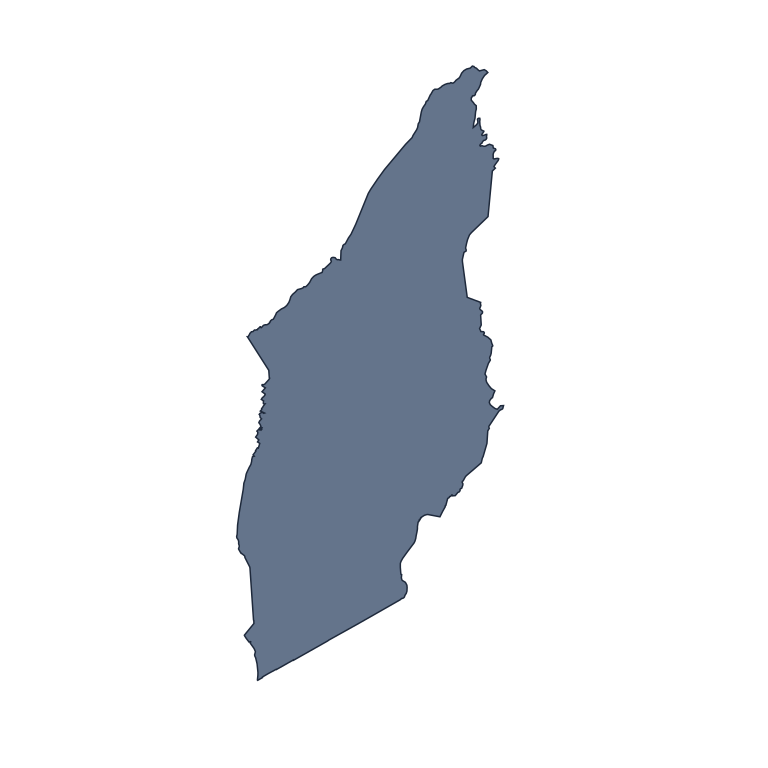 outline of Indaparapeo, Michoacán, Mexico, rotated 215°
{"feature_id": "50627088B97611620595529", "entity_name": "Indaparapeo", "entity_type": "district", "adm_level": 2, "iso_a3": "MEX", "parent_name": "Mexico", "parent_adm1": "Michoacán", "projection": "equal_earth", "projection_center": [-100.938, 19.76], "detail": "fine", "context": "isolated", "style": "filled", "palette": "slate", "viewbox_px": 768, "rotation_deg": 215, "n_neighbors": 0, "source": "geoboundaries", "source_scale": "gbopen_adm2", "svg_char_len": 6148}
<svg xmlns="http://www.w3.org/2000/svg" viewBox="0 0 768 768"><g transform="rotate(215 384 384)"><path d="M509.4,656.0L511.5,654.6L512.2,652.5L511.8,648.2L511.9,647.4L510.8,641.3L511.5,639.7L510.7,637.1L510.7,633.8L510.4,631.0L509.5,628.3L505.3,619.1L505.2,616.8L503.6,613.4L503.1,610.9L502.8,604.3L502.3,602.0L503.8,592.7L506.6,560.1L506.8,548.3L506.6,536.0L506.2,531.1L498.8,498.7L496.9,487.7L496.9,483.3L496.1,476.7L496.8,475.4L497.1,474.0L496.1,471.5L495.7,468.6L490.6,460.7L491.7,460.1L492.5,459.9L493.6,459.0L494.8,458.9L496.3,459.4L496.8,459.3L498.4,458.5L499.3,457.4L499.4,456.3L499.1,455.5L498.8,455.0L497.8,454.6L497.4,454.1L497.3,453.0L497.3,452.2L498.9,444.4L500.0,443.1L499.8,442.4L499.4,442.1L498.7,439.9L501.4,435.8L502.5,433.9L503.3,431.7L503.7,428.7L503.2,424.8L503.2,423.5L503.4,421.0L503.9,418.8L505.4,417.7L505.5,416.3L506.4,414.8L509.0,411.7L509.4,408.5L510.3,404.9L510.4,402.0L509.4,399.1L508.7,396.2L508.7,392.5L509.5,389.5L511.1,386.6L512.4,382.7L512.9,380.7L512.4,378.3L511.8,373.6L512.7,372.4L513.2,370.7L512.8,369.7L513.2,368.9L512.8,368.3L512.8,367.9L513.7,365.7L514.5,364.9L515.3,364.4L516.4,362.9L516.8,359.8L517.4,359.6L518.1,360.0L518.3,359.9L518.7,357.5L519.0,357.0L518.8,355.9L519.4,355.5L520.1,354.5L521.1,353.9L521.4,351.8L522.6,350.7L522.7,349.3L522.9,348.8L522.6,347.2L522.5,344.5L522.9,344.3L486.2,329.1L481.3,323.0L481.0,323.1L480.8,321.9L481.6,315.5L482.4,314.2L483.4,313.7L483.4,313.1L482.6,312.6L479.0,312.8L479.5,307.7L475.7,307.6L475.6,307.2L475.2,307.0L475.3,304.4L475.8,303.3L475.7,301.0L472.3,301.1L473.0,300.8L471.6,298.8L470.7,298.9L470.1,299.4L470.2,296.1L470.0,295.4L470.2,293.7L469.5,292.9L469.8,290.9L465.2,291.7L465.7,291.0L467.4,291.0L468.1,290.2L468.8,288.7L468.8,287.5L468.0,287.3L467.2,286.6L466.3,285.6L464.3,285.2L464.7,282.2L464.5,281.4L464.5,281.1L464.3,280.5L462.2,279.8L460.4,278.6L460.7,275.9L460.0,275.6L459.8,277.5L458.8,278.1L458.7,277.3L458.1,276.8L458.3,275.6L459.3,275.7L459.6,275.0L460.7,274.7L461.1,272.8L461.1,272.5L459.7,272.1L458.7,270.3L458.7,266.9L454.5,266.4L454.4,264.0L451.7,264.1L450.2,259.4L451.1,259.1L451.0,255.7L450.5,255.5L450.6,250.8L448.9,250.4L450.0,249.0L449.0,246.3L448.0,244.6L446.9,241.7L446.6,238.4L445.6,232.7L445.2,231.1L443.0,226.3L441.9,222.4L438.9,217.0L428.9,195.8L423.0,184.4L418.1,176.7L417.2,174.5L416.2,173.5L414.2,172.8L412.7,171.6L411.4,169.7L409.8,168.5L409.2,167.5L408.7,165.7L408.3,165.3L404.7,163.6L404.4,163.7L403.9,163.3L402.6,163.5L399.9,163.3L399.2,163.0L398.4,162.1L389.0,157.1L388.1,156.2L355.5,115.8L355.0,115.6L353.2,113.2L354.3,98.2L354.1,97.9L351.0,96.6L346.5,95.2L345.6,96.4L345.3,96.4L344.9,95.0L338.7,92.8L335.8,91.0L334.6,87.8L333.4,86.8L332.2,86.2L327.5,82.0L321.8,75.4L320.2,73.0L317.9,68.9L317.5,68.8L315.2,73.7L315.5,74.0L315.0,75.4L312.7,80.4L308.7,88.4L308.4,88.3L300.1,105.7L299.9,105.4L299.8,105.5L282.9,140.9L282.4,142.2L282.4,142.4L266.9,174.4L246.9,216.7L246.5,218.5L246.2,218.6L245.3,219.9L245.2,220.4L245.1,221.2L245.6,222.8L245.7,225.3L246.4,227.5L248.3,230.5L249.8,232.3L252.7,233.8L256.3,233.6L257.1,233.9L258.6,235.2L260.2,238.0L260.8,237.8L261.7,238.6L265.4,243.1L267.7,246.4L268.3,248.3L268.7,251.8L268.6,259.8L268.2,271.0L268.5,273.0L269.4,275.7L270.7,278.3L272.1,281.6L273.5,284.5L274.9,286.5L276.8,290.4L276.8,290.9L276.6,291.2L277.1,292.8L276.7,292.8L276.8,294.1L277.0,294.2L276.8,296.0L277.1,296.0L275.6,299.6L274.2,301.4L273.3,302.2L262.0,307.3L262.9,313.3L263.4,318.3L263.5,318.3L264.0,319.6L263.7,320.0L266.2,326.8L265.5,328.2L265.7,329.4L264.9,330.2L264.9,331.9L264.3,332.2L263.7,331.7L261.6,333.4L261.3,337.5L260.5,338.8L260.5,340.3L261.1,340.9L261.3,341.8L261.3,342.2L260.6,342.9L260.6,343.4L261.5,346.5L262.1,347.5L263.6,348.3L263.8,348.7L263.9,349.3L263.6,350.1L264.1,354.3L264.0,356.0L259.1,375.2L260.9,379.6L261.2,381.5L265.6,394.4L272.1,405.1L272.3,408.1L273.4,408.8L273.8,409.5L274.3,427.6L273.7,429.7L272.9,430.8L272.6,431.9L273.7,434.9L276.1,433.0L276.7,428.3L279.0,427.6L282.4,427.7L285.0,428.0L287.0,429.1L287.9,430.9L287.8,433.9L287.3,435.0L288.6,438.8L289.2,442.0L293.4,441.8L297.1,442.8L300.9,444.3L302.7,445.8L303.5,447.0L304.0,448.6L307.0,450.1L308.3,453.7L310.3,460.8L310.6,464.5L311.0,465.0L312.1,465.6L312.8,466.6L313.1,468.7L313.9,470.8L317.0,476.3L317.0,476.7L316.7,477.2L316.9,477.8L319.1,479.2L321.7,481.4L325.8,481.9L330.5,481.3L330.9,481.7L330.9,482.9L331.2,483.5L331.7,483.8L332.5,483.9L334.8,482.5L335.8,483.3L337.2,484.0L337.5,484.2L338.2,488.1L344.3,495.8L344.4,496.6L344.1,498.0L344.1,498.7L344.7,499.7L345.9,500.1L347.4,500.1L348.7,500.5L349.1,501.0L349.2,502.2L349.7,503.9L351.2,505.3L351.6,506.3L365.5,502.7L389.9,529.2L391.2,530.9L394.0,537.7L393.0,540.1L393.8,541.2L395.0,542.0L395.3,542.5L397.0,546.5L398.4,550.3L399.5,555.2L399.2,558.3L394.8,580.8L417.4,620.6L416.6,624.7L418.3,625.0L418.7,625.3L418.8,627.6L418.7,632.6L419.0,633.9L419.3,634.4L420.2,634.1L421.4,633.1L422.9,631.5L423.9,631.4L426.3,634.7L426.8,636.1L427.1,638.2L426.6,638.9L426.6,639.6L427.0,640.3L427.6,640.6L429.8,640.0L431.6,641.8L435.1,640.9L436.3,639.1L437.3,637.0L438.5,636.0L440.4,635.4L441.5,634.1L442.4,634.5L442.5,635.9L441.9,637.6L442.2,638.3L442.1,640.6L441.1,641.7L440.7,642.9L440.9,644.4L441.9,645.4L442.6,646.8L443.0,647.4L443.5,647.1L444.4,645.6L445.4,644.4L446.0,643.9L446.7,644.1L447.0,644.5L447.0,648.0L447.2,648.4L449.8,648.0L450.5,648.1L451.1,648.5L452.3,649.9L453.8,651.0L456.4,654.3L456.9,655.5L457.9,656.6L458.8,656.1L459.3,655.3L459.3,654.5L457.5,652.6L456.8,651.4L457.1,648.6L458.0,645.3L460.2,649.3L461.9,653.9L465.2,659.7L466.1,662.2L468.1,664.9L470.5,665.1L471.9,665.7L475.4,666.6L476.7,668.7L476.5,669.5L476.8,670.6L476.5,671.3L475.7,671.5L475.3,672.4L475.2,673.4L475.9,674.8L476.0,677.8L475.8,679.8L476.3,682.5L476.8,684.9L477.7,686.4L478.5,690.4L478.6,694.4L477.6,698.7L479.9,699.2L482.2,699.0L485.4,695.2L487.4,695.3L489.4,695.7L491.5,695.3L492.4,695.7L494.0,695.1L494.5,692.3L497.0,689.4L498.3,686.5L498.7,683.2L498.0,679.4L498.0,677.8L499.3,673.9L499.3,672.6L499.7,670.7L500.3,669.8L502.1,669.2L502.7,667.8L504.0,666.9L505.1,665.5L506.0,664.2L507.3,661.5L507.5,660.1L508.6,657.1L509.4,656.0Z" fill="#64748b" stroke="#1e293b" stroke-width="1.5"/></g></svg>